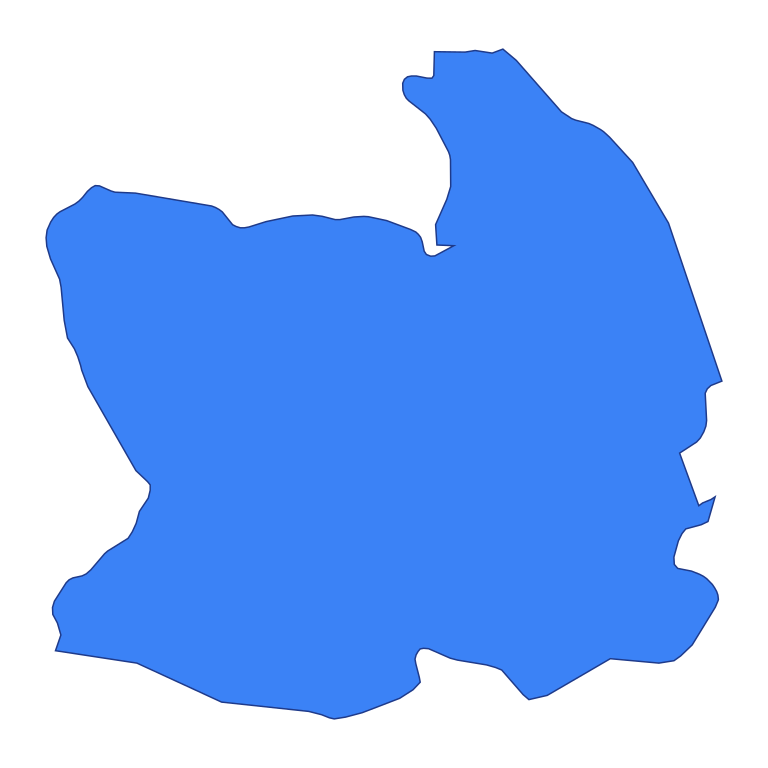 an SVG outline of Chai Nat
{"feature_id": "THA-407", "entity_name": "Chai Nat", "entity_type": "Province", "adm_level": 1, "iso_a3": "THA", "parent_name": "Thailand", "parent_adm1": "", "projection": "robinson", "projection_center": [100.013, 15.165], "detail": "fine", "context": "isolated", "style": "filled", "palette": "blue", "viewbox_px": 768, "rotation_deg": 0, "n_neighbors": 0, "source": "natural_earth", "source_scale": "10m", "svg_char_len": 2275}
<svg xmlns="http://www.w3.org/2000/svg" viewBox="0 0 768 768"><path d="M528.9,699.6L523.1,694.6L501.7,670.0L495.6,667.5L486.5,664.9L457.5,660.1L450.3,658.2L428.6,648.7L423.6,648.3L420.2,648.9L418.1,651.4L416.1,654.9L415.0,659.1L415.8,663.7L419.3,677.3L420.2,682.2L413.1,689.7L399.7,698.3L362.2,712.7L345.6,717.1L334.2,718.9L329.4,717.8L321.6,714.7L308.7,711.4L221.6,702.1L136.9,663.1L55.5,650.7L60.9,635.0L57.4,623.0L52.8,614.4L52.5,607.5L54.4,601.2L66.2,582.7L69.1,579.8L72.9,577.9L82.1,575.9L86.2,573.9L90.8,569.9L104.6,553.7L107.7,551.0L128.1,538.3L132.3,531.8L136.2,523.3L139.4,511.4L148.3,498.1L150.2,490.3L150.2,484.9L147.6,481.7L135.9,470.6L87.9,386.7L81.7,370.1L80.6,365.4L77.8,356.7L74.4,348.8L67.5,338.0L64.2,320.4L61.1,287.2L59.6,279.2L50.5,258.9L46.8,246.3L46.1,237.8L47.1,230.1L50.7,222.0L53.7,217.4L56.9,214.0L60.1,211.7L74.8,204.1L78.9,201.1L82.6,197.4L87.4,191.4L91.5,187.7L95.2,185.6L99.5,185.9L110.8,190.9L115.0,192.2L135.4,193.1L211.6,206.0L215.5,207.5L219.1,209.5L222.3,211.9L232.6,224.7L236.1,226.5L240.3,227.8L244.4,227.8L248.9,227.0L266.1,221.6L292.8,216.0L312.6,215.0L322.2,216.3L335.2,219.6L339.9,219.6L353.8,217.0L363.8,216.4L368.4,216.7L386.7,220.6L410.6,229.5L415.8,232.0L418.3,234.3L420.6,237.3L422.2,241.7L424.2,251.2L426.4,254.5L430.7,256.2L434.9,255.9L453.8,245.7L436.9,245.0L435.6,224.6L446.8,199.3L450.7,186.5L450.5,159.7L449.8,155.4L448.5,151.7L436.3,128.3L430.2,119.2L425.5,113.9L408.9,100.9L406.4,98.4L404.3,94.7L402.9,90.3L402.7,83.3L404.4,79.3L407.5,76.8L411.5,76.0L416.3,76.0L427.0,78.1L431.9,78.2L433.8,75.6L434.4,51.7L465.1,52.1L475.1,50.5L492.2,53.1L502.9,49.1L516.3,60.4L561.4,111.8L571.7,118.6L575.8,120.2L588.9,123.5L593.2,125.4L600.6,129.6L603.6,131.7L609.6,137.2L632.7,162.5L668.5,223.1L721.9,381.1L710.9,385.5L707.3,388.8L705.2,393.2L706.6,420.5L705.9,426.1L703.8,431.8L700.3,438.0L696.6,442.0L679.6,453.1L698.8,505.7L702.7,502.9L711.0,499.5L715.1,496.8L708.0,521.5L701.3,524.7L685.8,528.9L682.0,533.6L678.4,540.8L673.9,557.1L674.3,564.4L677.7,568.4L691.5,571.1L699.6,574.3L703.4,576.3L706.7,578.7L712.3,584.4L714.6,587.8L716.7,591.6L717.9,595.1L718.4,599.5L718.1,600.5L715.3,607.2L692.2,644.9L680.7,655.9L674.0,660.7L658.9,663.1L610.3,658.7L547.2,695.4L528.9,699.6Z" fill="#3b82f6" stroke="#1e3a8a" stroke-width="1.5"/></svg>